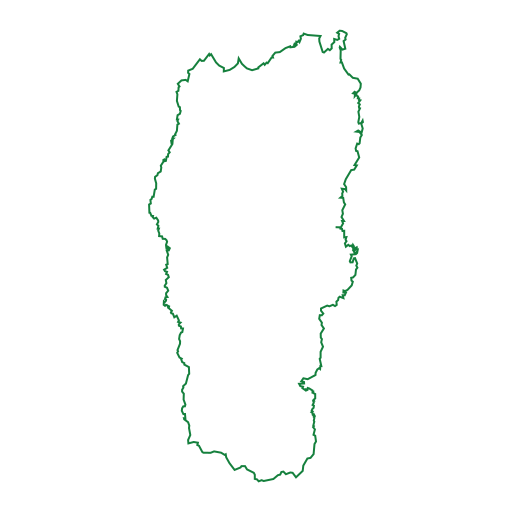 Subang, Jawa Barat, Indonesia
{"feature_id": "22746128B90150108137034", "entity_name": "Subang", "entity_type": "district", "adm_level": 2, "iso_a3": "IDN", "parent_name": "Indonesia", "parent_adm1": "Jawa Barat", "projection": "equal_earth", "projection_center": [107.682, -6.498], "detail": "fine", "context": "isolated", "style": "outline", "palette": "green", "viewbox_px": 512, "rotation_deg": 0, "n_neighbors": 0, "source": "geoboundaries", "source_scale": "gbopen_adm2", "svg_char_len": 6017}
<svg xmlns="http://www.w3.org/2000/svg" viewBox="0 0 512 512"><path d="M263.7,481.0L273.4,479.0L277.9,475.2L280.2,474.6L281.4,472.0L283.4,471.6L285.9,474.2L290.3,472.5L292.6,472.8L296.0,477.3L302.7,470.9L303.3,465.6L307.4,458.5L310.5,457.9L313.6,454.1L314.5,444.0L316.0,441.5L315.2,435.7L313.5,434.8L314.9,429.4L313.1,427.1L313.9,426.1L313.3,425.6L314.3,421.6L313.8,420.7L314.4,417.7L313.8,417.0L314.8,416.1L314.1,414.8L313.7,415.6L312.7,414.8L312.5,412.9L311.5,412.2L312.6,411.4L311.7,410.6L312.3,409.1L313.6,407.8L313.9,405.7L312.6,405.0L313.8,402.7L313.2,401.0L314.1,400.8L313.6,399.8L315.2,398.4L315.2,394.0L313.3,393.1L313.3,391.9L312.5,392.2L312.5,390.5L309.3,388.5L307.8,388.0L307.5,389.9L306.3,390.4L306.0,388.5L305.4,390.2L302.4,388.1L303.0,386.7L300.3,386.1L299.1,383.8L304.1,383.5L304.0,382.0L301.3,381.3L303.4,378.3L307.7,379.2L315.5,375.0L315.6,372.8L317.3,369.5L319.1,368.2L320.1,369.0L320.4,365.9L321.3,366.0L319.7,358.8L320.6,357.7L320.6,351.8L323.0,346.7L321.2,342.3L321.9,339.1L320.8,337.6L320.7,333.6L323.9,328.5L321.5,325.0L321.9,322.7L319.2,318.8L319.8,315.2L321.8,315.3L323.3,313.6L321.0,310.7L321.0,308.5L327.2,305.6L329.4,306.3L332.9,304.8L335.0,306.1L336.7,304.9L336.4,301.6L338.1,300.1L338.5,297.8L339.7,296.7L343.4,298.1L342.7,295.2L344.7,295.3L345.9,292.7L343.4,292.5L343.5,290.5L345.0,291.1L347.5,289.9L351.7,285.4L352.8,281.7L351.5,280.6L351.2,277.8L353.1,277.4L355.4,274.9L356.0,269.5L357.4,267.7L356.3,265.6L357.2,263.5L355.0,258.1L353.8,258.4L352.6,262.3L350.4,262.4L349.8,261.2L351.7,256.2L350.9,254.6L355.8,254.2L357.1,253.0L357.5,250.9L355.0,253.7L353.7,251.1L356.9,248.8L356.7,247.3L353.3,249.1L353.9,246.3L353.0,244.9L352.4,247.1L351.3,245.5L349.8,246.1L348.3,244.8L345.9,246.7L344.9,243.4L346.5,241.2L345.6,239.7L346.4,237.1L344.2,237.4L344.2,230.8L342.5,231.0L342.0,228.8L340.4,228.7L340.1,227.4L335.6,227.2L340.9,227.3L343.1,223.4L342.1,221.0L344.0,221.0L341.5,217.0L342.9,213.8L342.3,210.2L345.2,204.4L343.9,202.4L343.2,197.9L340.4,197.7L342.4,196.0L342.2,193.4L343.1,191.7L341.8,188.7L345.0,189.1L346.2,190.5L346.1,187.1L344.1,184.1L345.8,179.2L351.2,170.1L354.2,169.6L356.8,165.4L354.5,165.1L359.2,157.5L357.5,151.2L356.1,150.9L355.6,148.4L357.2,143.6L358.7,144.2L359.6,143.3L360.3,137.5L361.8,135.0L359.5,132.0L356.3,131.6L358.2,130.5L361.6,132.6L362.7,128.5L361.2,123.5L362.9,122.1L362.6,120.6L361.3,123.0L358.8,123.6L358.3,122.1L359.3,116.9L358.4,111.7L360.0,108.3L359.1,107.9L358.9,106.4L359.8,104.4L358.2,103.0L360.3,100.3L359.0,100.0L359.2,98.4L357.8,98.3L358.1,96.5L356.3,95.4L356.4,94.3L354.8,96.2L355.0,93.9L353.1,93.3L354.6,91.8L356.4,92.9L359.2,90.4L360.5,87.5L360.8,83.7L357.7,78.7L352.8,77.8L349.3,74.3L348.5,74.6L344.1,68.5L341.9,62.4L340.5,62.5L341.2,59.9L340.5,58.9L340.7,50.4L339.7,47.5L339.9,46.8L342.5,49.6L345.3,48.7L343.6,41.1L345.6,39.5L345.2,37.8L346.8,34.2L346.4,33.2L342.2,31.0L339.7,30.7L337.2,32.7L339.1,33.9L338.5,36.1L339.2,38.8L337.3,39.9L334.2,39.0L334.3,42.1L331.6,44.6L331.7,48.4L329.8,50.2L327.9,48.9L324.0,52.5L322.7,52.0L319.4,41.6L319.2,38.5L320.5,36.0L307.7,35.0L303.7,33.6L303.2,35.1L300.4,36.3L300.9,38.7L299.5,42.1L298.7,40.8L297.6,42.0L296.3,41.7L296.3,43.5L294.7,43.5L294.2,44.7L296.1,44.4L296.7,44.9L294.5,46.8L290.4,47.3L290.2,46.3L285.5,48.1L279.8,52.1L275.3,52.6L272.5,55.9L273.0,57.5L271.6,57.5L267.7,63.2L266.6,62.6L264.7,64.8L263.6,63.3L258.3,67.4L258.3,68.4L252.1,70.2L246.9,68.4L244.5,66.3L241.9,63.8L238.7,58.4L237.9,63.4L234.4,67.0L229.7,69.9L223.8,71.4L223.9,68.0L219.2,65.6L216.0,62.4L211.1,54.2L209.8,55.4L209.1,54.0L203.9,60.8L201.6,60.9L199.9,59.3L192.7,68.8L188.2,70.6L188.1,72.8L189.4,74.0L187.7,81.3L185.7,79.9L181.5,80.4L177.8,83.8L179.5,86.5L178.6,87.3L178.4,90.8L176.5,91.9L177.4,94.3L176.9,100.9L178.7,106.6L179.9,107.2L180.0,110.1L180.7,110.9L179.9,113.8L177.6,115.2L176.9,119.4L178.1,119.5L177.4,121.1L178.9,123.7L177.4,124.6L176.9,130.8L175.1,134.3L175.5,135.0L173.0,136.5L172.4,138.2L173.6,138.4L171.1,140.7L171.4,142.5L172.6,141.4L172.4,144.0L168.4,150.4L169.7,152.3L168.1,154.1L168.0,156.6L166.6,156.8L165.9,160.9L164.6,161.2L164.2,159.5L163.4,159.9L163.4,161.7L160.8,165.7L161.3,167.5L160.7,171.5L157.9,173.2L157.4,175.2L155.1,176.8L154.9,178.7L156.2,183.3L156.1,188.8L154.8,189.6L153.6,196.8L152.3,196.7L151.6,199.0L150.4,199.9L150.8,203.5L149.1,204.5L149.4,212.7L150.2,212.8L151.4,215.8L153.0,216.0L152.7,217.1L154.1,218.6L156.3,217.7L158.1,220.4L158.3,221.9L156.9,224.4L158.4,225.8L157.7,228.6L158.9,228.6L158.2,230.6L159.3,233.5L159.1,236.1L162.1,236.4L162.7,238.8L165.2,238.9L166.5,240.2L167.1,241.7L166.0,244.9L166.4,248.2L167.9,249.2L168.1,246.9L169.8,248.2L168.8,250.4L166.7,250.5L168.2,254.8L167.1,257.4L167.7,264.1L166.2,264.7L167.2,267.8L164.1,269.7L165.0,271.2L167.0,271.8L166.1,274.0L168.0,274.8L168.8,277.2L165.8,280.0L166.4,283.2L164.7,285.7L164.8,286.8L167.0,287.7L168.2,290.7L166.1,293.2L166.1,295.1L167.4,297.0L165.5,297.3L165.0,299.1L166.1,299.6L166.0,300.7L164.8,302.1L163.9,301.4L163.7,304.8L165.0,305.8L165.9,304.8L167.3,305.3L168.0,307.1L169.3,305.6L168.7,308.1L171.9,310.8L170.9,312.4L171.3,313.3L172.9,313.7L174.3,317.3L176.7,315.7L178.9,320.4L178.1,321.9L180.5,322.6L178.8,324.4L178.9,325.7L180.9,326.5L181.1,328.4L183.0,328.5L182.3,332.1L181.0,332.6L179.7,335.2L179.1,339.0L180.1,341.2L180.0,343.8L177.5,350.1L178.1,351.3L177.2,352.8L179.5,357.5L181.7,358.7L181.2,359.3L182.2,362.1L184.3,363.1L184.3,364.6L188.9,367.1L189.2,373.8L188.1,375.1L185.9,383.6L183.1,386.2L183.4,387.6L182.1,389.8L182.1,391.6L183.8,393.7L183.6,399.6L185.4,404.6L184.9,406.3L183.3,406.3L182.1,408.3L181.8,410.8L183.4,414.1L185.0,414.0L185.4,418.8L184.0,418.4L184.2,419.3L188.1,422.2L189.3,425.6L189.0,428.0L190.3,435.0L188.1,440.0L188.4,443.4L193.7,442.0L197.9,442.7L197.3,445.0L199.0,445.8L202.3,452.0L203.4,452.7L210.6,452.8L214.1,451.4L221.1,452.7L224.7,454.9L225.7,454.3L226.2,457.3L229.5,463.2L234.6,469.9L240.5,467.5L241.5,466.1L245.0,466.1L247.0,469.4L253.8,472.8L254.8,474.7L254.8,478.9L257.0,479.4L258.7,481.3L261.6,480.2L263.7,481.0Z" fill="none" stroke="#15803d" stroke-width="2"/></svg>